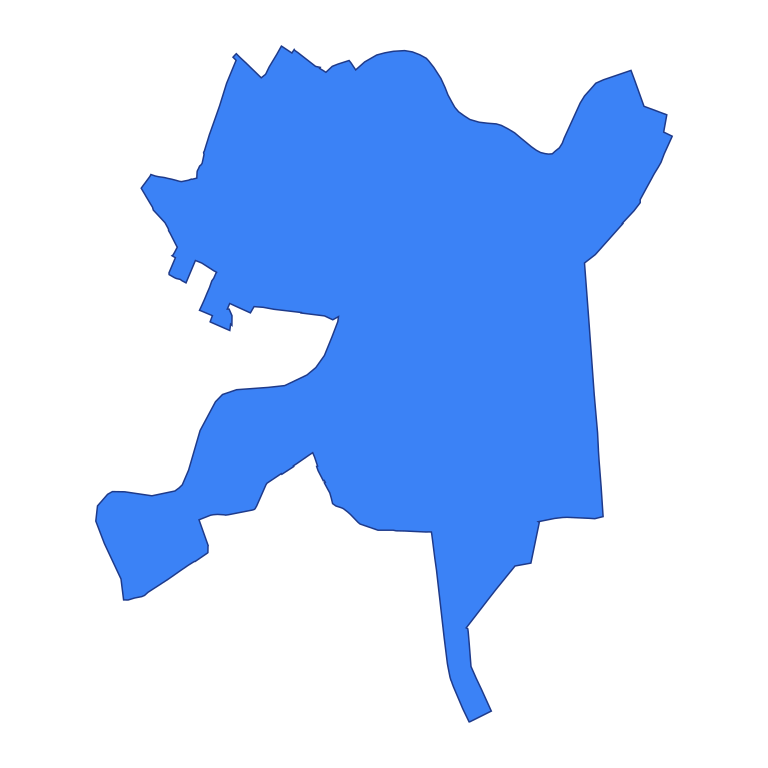 Lubāna, Lubanas, Latvia
{"feature_id": "27541924B15535016955578", "entity_name": "Lubāna", "entity_type": "district", "adm_level": 2, "iso_a3": "LVA", "parent_name": "Latvia", "parent_adm1": "Lubanas", "projection": "albers", "projection_center": [26.715, 56.896], "detail": "fine", "context": "isolated", "style": "filled", "palette": "blue", "viewbox_px": 768, "rotation_deg": 0, "n_neighbors": 0, "source": "geoboundaries", "source_scale": "gbopen_adm2", "svg_char_len": 4664}
<svg xmlns="http://www.w3.org/2000/svg" viewBox="0 0 768 768"><path d="M123.6,599.9L128.1,600.0L134.6,598.0L141.8,596.6L144.6,595.4L148.0,592.3L168.2,579.2L180.9,570.3L188.5,565.1L194.3,561.5L195.1,561.5L207.5,553.0L207.9,552.6L208.0,546.2L208.2,545.7L199.0,519.8L210.6,515.2L213.4,514.7L217.5,514.4L224.2,514.8L225.6,515.1L228.6,514.7L252.1,510.1L253.8,509.6L254.6,509.2L255.1,508.7L256.7,505.9L266.0,484.7L267.0,483.2L281.3,473.6L281.8,474.3L293.8,466.5L293.4,465.8L297.4,463.2L309.2,455.0L312.7,452.7L314.5,456.9L317.6,466.1L316.6,466.4L318.1,470.7L323.3,480.8L324.1,480.4L325.3,482.3L324.3,482.8L327.8,489.3L329.8,492.9L331.3,498.2L332.6,503.6L335.9,506.0L338.1,506.7L340.3,507.4L341.7,507.9L343.1,508.5L344.1,509.2L345.0,509.9L346.3,510.9L347.6,511.9L350.4,514.4L358.0,522.3L360.0,524.0L367.8,526.7L378.0,530.2L385.5,530.2L393.2,530.2L396.1,530.8L405.0,531.0L415.1,531.5L426.2,532.0L429.1,531.9L431.4,532.0L431.9,535.1L434.8,558.1L436.5,570.2L444.1,637.2L447.4,663.7L448.2,668.0L450.0,677.1L450.9,680.2L451.5,681.4L452.2,683.5L453.4,686.7L462.8,708.8L469.1,721.9L469.8,721.8L490.8,711.3L491.3,711.1L481.7,689.9L476.2,678.3L471.0,666.5L469.2,643.5L468.2,631.8L467.8,628.8L466.2,627.9L489.0,598.4L496.1,589.3L510.3,571.8L510.6,571.5L515.0,566.0L530.9,563.1L539.3,522.4L538.3,521.7L554.8,518.4L562.5,517.5L567.0,517.3L589.1,518.3L594.8,518.7L603.1,516.6L601.1,486.5L599.1,461.0L598.4,450.4L598.4,449.4L597.6,433.5L597.6,433.2L594.8,401.3L594.4,396.3L594.3,395.6L588.8,319.8L584.5,263.0L595.3,254.6L622.9,223.6L622.3,223.3L634.0,210.8L640.2,202.7L640.2,199.6L646.1,188.7L652.0,177.9L653.2,175.6L654.5,173.3L658.2,167.3L661.0,162.4L664.2,153.9L671.8,137.2L672.2,136.2L663.7,132.1L663.8,131.4L666.8,114.8L644.0,106.3L634.5,79.8L631.0,70.4L603.4,79.8L595.8,83.2L591.0,88.7L584.5,96.0L580.2,103.0L564.2,138.1L562.3,143.2L559.4,147.8L555.4,151.0L552.3,153.8L548.5,154.1L545.0,153.6L540.5,152.5L536.4,150.3L531.3,146.7L526.0,142.3L520.6,137.9L514.6,132.8L507.9,128.8L501.4,125.4L496.3,123.9L487.5,123.2L479.1,122.2L469.9,119.5L464.3,115.9L458.6,111.8L454.8,107.3L451.8,102.0L447.9,94.8L445.2,87.8L440.9,78.4L433.8,67.4L428.6,60.8L426.3,58.3L419.9,54.8L412.4,51.9L404.6,50.6L393.4,51.3L385.0,52.8L376.7,55.0L364.7,61.9L355.7,69.9L353.4,66.5L351.1,63.0L349.1,60.5L337.9,64.1L335.1,65.2L332.3,66.3L325.9,72.3L322.8,70.3L319.6,68.4L320.0,67.9L320.3,67.4L315.6,66.4L301.1,55.1L297.9,52.6L294.9,50.5L294.5,50.0L294.2,49.5L293.6,50.4L293.0,51.3L292.4,52.1L291.9,53.0L291.4,52.7L282.4,46.7L281.4,46.1L276.8,54.3L269.2,66.9L267.5,70.4L265.9,73.8L265.6,74.1L265.4,74.5L264.1,75.5L262.9,76.5L262.1,77.1L261.3,77.8L260.9,77.5L260.6,77.2L255.4,72.1L250.1,67.0L248.2,65.1L246.2,63.2L246.0,62.9L245.7,62.7L243.0,60.2L240.2,57.6L238.7,56.1L237.2,54.6L236.8,54.2L236.3,53.7L234.6,55.4L233.0,57.2L236.1,60.3L232.9,68.0L226.6,83.3L219.6,105.8L215.5,117.5L210.1,132.7L209.5,134.3L207.7,140.2L207.6,140.5L206.4,144.3L204.3,151.2L203.6,152.3L203.7,153.2L204.0,154.6L202.9,159.8L202.1,163.4L200.9,165.0L199.9,165.8L199.6,166.1L198.3,169.0L197.9,169.7L197.4,170.7L197.1,171.8L196.9,175.7L196.8,178.1L196.0,178.3L192.1,179.3L191.7,179.1L190.8,179.3L188.5,180.2L183.5,181.2L181.6,181.6L179.9,181.4L178.7,181.1L176.3,180.4L171.7,179.2L167.9,178.4L164.7,177.6L162.9,177.3L160.4,177.0L158.5,176.7L155.3,176.0L152.9,175.2L152.0,174.9L150.9,174.5L150.0,176.3L148.9,177.8L148.0,179.0L147.1,180.2L146.0,181.7L144.9,183.2L143.0,185.7L141.2,188.2L143.0,191.3L144.8,194.3L146.1,196.6L147.5,198.9L150.0,203.1L152.5,207.2L153.3,210.1L156.4,213.4L161.4,218.8L165.0,222.7L168.5,229.1L168.5,229.9L168.6,230.7L170.1,233.3L175.5,243.9L176.7,246.2L177.3,247.1L174.6,252.3L173.0,255.0L172.0,255.7L173.8,256.8L175.4,257.7L169.0,272.8L169.1,274.6L174.5,277.7L176.3,278.5L180.2,279.4L182.1,280.8L184.0,281.8L186.0,282.9L195.4,260.5L198.5,261.7L201.7,263.0L214.0,270.9L214.7,271.2L216.6,272.3L215.9,273.3L213.7,278.3L211.8,280.9L210.7,284.1L209.6,287.3L207.0,293.3L205.8,296.2L204.6,299.1L202.1,304.7L199.5,310.3L201.1,310.9L210.6,314.9L211.8,315.4L212.4,315.7L212.1,316.4L210.7,320.3L210.1,321.8L210.6,322.1L224.7,328.3L229.8,330.5L230.6,324.1L231.9,325.3L232.0,315.7L229.1,309.1L227.3,309.1L229.7,303.5L230.5,303.8L237.4,307.0L250.4,312.9L252.7,308.9L254.1,306.6L257.6,306.9L263.2,307.3L274.0,309.3L301.3,312.5L301.1,313.0L324.5,315.9L332.8,319.8L338.5,316.6L337.8,321.7L331.9,337.1L324.4,355.5L315.8,367.6L306.9,375.0L284.7,385.6L268.2,387.4L236.6,389.7L222.5,394.5L215.5,401.7L200.1,430.5L188.6,470.1L182.3,484.8L179.1,487.9L174.9,491.0L151.9,495.8L124.7,491.8L112.4,491.6L107.6,494.3L97.5,505.9L97.0,510.3L95.8,521.1L104.4,543.6L121.0,579.0L123.6,599.9Z" fill="#3b82f6" stroke="#1e3a8a" stroke-width="1.5"/></svg>